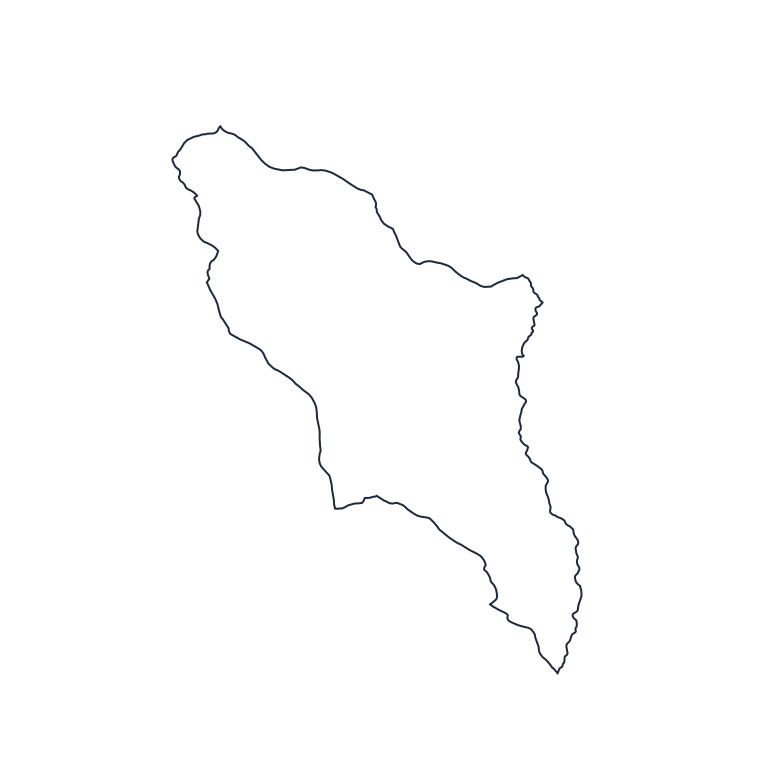 Macaravita, Santander, Colombia, rotated 300°
{"feature_id": "7082276B90851021474579", "entity_name": "Macaravita", "entity_type": "district", "adm_level": 2, "iso_a3": "COL", "parent_name": "Colombia", "parent_adm1": "Santander", "projection": "equal_earth", "projection_center": [-72.593, 6.513], "detail": "fine", "context": "isolated", "style": "outline", "palette": "slate", "viewbox_px": 768, "rotation_deg": 300, "n_neighbors": 0, "source": "geoboundaries", "source_scale": "gbopen_adm2", "svg_char_len": 6149}
<svg xmlns="http://www.w3.org/2000/svg" viewBox="0 0 768 768"><g transform="rotate(300 384 384)"><path d="M547.7,449.6L542.3,446.3L539.3,441.9L536.2,438.1L528.7,432.0L524.4,429.3L522.0,428.1L518.5,422.9L517.7,420.6L517.3,418.1L517.4,413.3L516.6,407.4L516.5,403.1L516.0,399.4L516.1,396.2L516.9,390.5L518.4,384.3L518.5,380.6L517.9,377.3L517.0,372.9L515.5,368.9L514.1,364.1L512.6,361.1L510.1,358.0L506.9,355.7L505.8,355.2L504.6,351.9L504.8,348.9L505.3,346.2L505.8,344.8L509.2,337.6L510.0,333.8L510.3,331.7L510.8,329.9L511.6,328.6L518.5,320.2L520.0,317.7L522.7,314.2L522.7,311.9L522.4,309.2L522.8,303.7L524.6,299.4L525.9,297.9L527.2,295.9L529.4,291.7L530.6,291.1L532.0,289.9L533.1,288.1L534.4,287.9L536.2,287.0L537.7,285.4L539.5,282.5L542.1,279.0L541.6,269.6L540.6,267.0L540.0,263.1L540.3,255.9L541.1,245.5L541.0,235.1L540.7,232.2L539.5,226.4L537.5,222.0L536.1,220.3L533.1,215.1L532.0,211.2L531.4,207.4L530.1,203.8L525.0,199.6L518.4,189.5L515.6,181.3L514.8,176.2L515.3,170.9L516.6,165.8L522.3,151.5L522.5,148.5L524.4,142.1L524.7,138.1L524.7,134.2L525.2,131.2L525.1,128.5L523.5,123.0L523.3,119.3L524.0,116.0L525.3,113.5L524.0,113.0L519.2,113.2L517.4,112.4L516.0,111.3L515.0,110.0L513.7,107.8L512.3,105.7L511.2,104.8L509.4,102.0L507.2,100.2L502.9,95.7L497.5,92.0L496.0,91.3L494.4,91.1L492.8,90.5L484.9,90.3L482.0,89.6L478.1,90.1L476.8,89.7L476.2,89.1L474.2,88.3L472.9,88.4L471.5,89.4L470.8,90.2L468.1,94.2L467.5,96.1L467.3,98.8L466.5,100.5L465.3,101.6L463.1,102.6L460.7,102.8L459.4,104.0L458.5,105.5L458.0,106.7L457.9,108.8L457.3,110.9L456.4,112.6L455.3,113.7L454.7,115.9L454.7,118.1L455.0,119.5L454.9,122.0L454.8,123.7L454.0,127.1L453.6,128.0L450.9,126.7L450.4,126.7L449.7,127.2L445.7,134.5L441.9,138.4L438.6,140.3L434.5,141.1L422.6,146.1L420.4,148.3L418.2,152.2L417.1,157.2L417.6,159.7L418.0,165.0L417.7,169.1L416.4,173.8L412.2,174.7L410.1,174.9L406.4,174.5L403.6,173.1L401.0,173.2L398.7,174.0L396.6,175.4L394.0,174.8L392.1,175.5L390.0,177.5L387.9,180.1L383.4,179.8L378.6,186.4L373.3,195.4L370.0,199.7L363.4,206.1L360.5,209.3L359.3,212.4L354.6,221.5L352.4,223.1L350.7,225.5L350.5,226.7L350.7,237.3L352.0,247.3L351.9,259.5L351.1,262.3L349.5,265.3L347.8,267.3L343.8,273.9L342.3,280.5L342.3,282.2L342.7,286.0L342.6,289.7L342.1,298.2L341.6,302.4L339.9,307.9L339.5,311.6L338.4,316.7L337.4,324.6L335.6,329.0L332.5,333.9L329.8,337.0L325.7,340.1L321.3,342.8L312.1,351.0L309.0,353.1L304.9,355.3L298.1,359.8L294.9,362.3L290.6,363.5L288.9,364.2L286.0,365.6L283.0,368.1L281.1,371.0L278.1,380.1L277.7,381.9L276.0,384.1L270.5,389.1L266.2,392.1L258.2,398.8L255.0,400.8L251.6,403.9L252.3,405.1L252.8,406.4L254.1,407.9L254.9,409.5L257.4,411.6L260.8,413.5L264.3,416.8L266.0,418.6L267.7,421.3L269.9,424.3L271.8,424.8L273.9,424.7L275.3,424.3L275.8,424.5L278.4,428.8L280.2,430.2L282.5,433.1L283.5,433.5L283.1,441.9L283.4,445.0L283.4,446.7L283.6,448.5L284.7,451.1L287.0,453.8L287.7,455.0L288.5,461.0L288.4,462.3L287.2,467.6L286.6,474.9L286.7,478.8L287.5,482.1L290.0,488.4L290.4,490.0L290.2,492.0L288.8,497.1L287.2,501.4L285.6,504.7L283.6,517.2L283.0,526.3L283.2,529.4L283.4,531.0L283.0,541.2L283.5,549.4L283.4,553.3L282.6,556.0L281.4,558.5L280.7,559.7L278.8,561.9L277.9,562.7L275.2,562.6L273.7,563.2L273.2,563.9L272.6,566.9L272.0,568.2L270.7,570.5L269.6,572.1L266.5,575.3L265.7,576.8L265.3,578.7L264.4,580.6L262.3,583.5L260.2,585.5L256.8,588.1L254.4,588.8L253.6,588.8L250.7,587.9L247.0,586.5L246.8,586.2L246.2,586.1L245.8,589.4L245.8,596.6L246.3,602.3L246.2,605.8L246.0,606.3L245.5,606.9L243.2,607.7L242.7,608.2L241.6,609.6L241.3,611.2L241.4,614.6L242.2,620.7L242.8,623.5L245.1,631.3L245.1,633.4L244.9,634.8L243.8,637.5L242.6,639.7L239.9,642.0L233.8,649.2L230.6,651.5L229.3,652.8L227.9,655.2L226.7,658.1L226.3,661.2L225.5,664.3L223.6,669.3L222.6,671.2L222.2,673.8L220.3,678.9L221.5,678.9L223.2,678.5L225.5,678.3L228.5,679.7L230.9,678.9L233.1,679.3L237.1,677.3L238.2,677.0L239.1,677.1L241.3,677.9L242.7,677.5L247.8,673.2L250.0,672.3L254.5,673.4L259.6,672.3L261.5,672.2L264.3,673.7L265.0,673.9L266.1,673.6L267.0,672.6L268.2,672.1L270.3,672.0L272.3,671.2L275.1,669.1L275.6,668.1L276.1,665.4L276.4,664.7L277.7,663.2L278.7,662.8L279.5,662.6L282.5,664.3L284.0,664.9L284.8,664.9L289.7,663.0L298.9,661.1L301.5,659.7L304.5,657.5L305.7,655.9L306.3,655.6L307.1,654.7L307.6,651.8L308.2,650.0L309.3,648.3L312.2,645.8L313.7,645.5L316.7,646.3L321.0,646.0L322.7,644.8L324.4,641.8L325.2,641.0L327.4,639.4L330.5,638.7L331.3,638.2L333.7,635.1L337.6,632.0L338.6,631.7L340.3,631.7L341.8,632.1L343.0,631.9L344.4,631.1L345.3,630.2L346.2,628.7L347.1,626.9L347.5,625.6L349.4,623.1L352.6,620.5L353.6,616.4L353.5,613.4L353.7,611.8L355.0,609.8L356.0,608.6L356.2,604.3L355.5,600.5L355.8,598.9L355.2,595.6L355.6,593.1L356.0,592.1L357.5,591.0L359.1,590.6L361.0,589.6L363.6,586.6L365.5,585.2L368.6,582.0L369.8,580.1L371.2,578.6L373.2,576.9L376.7,574.9L381.7,574.8L382.7,574.1L383.8,572.5L384.5,570.9L386.0,566.6L388.3,564.4L389.0,562.7L389.6,557.9L389.9,550.8L390.5,549.7L392.2,547.4L393.0,546.0L393.7,543.1L394.4,541.7L395.1,541.3L398.4,541.1L401.4,540.3L401.8,539.0L401.7,536.8L402.0,534.6L403.4,530.9L404.3,529.8L407.0,528.7L407.7,527.6L408.4,526.1L409.1,525.1L410.4,524.8L413.4,524.9L415.8,523.6L420.0,519.4L425.9,517.5L428.1,517.1L431.3,515.8L435.5,515.8L436.7,515.6L438.0,515.9L440.0,515.8L441.1,514.7L441.5,513.6L441.9,508.0L442.7,506.5L445.8,504.3L448.5,501.8L449.1,500.6L451.5,497.2L453.6,496.6L456.9,496.7L461.3,494.5L464.9,493.1L467.5,491.6L470.0,489.2L471.5,486.8L472.6,485.8L473.7,485.7L474.4,486.1L476.9,490.4L478.2,490.9L478.9,489.0L480.2,487.6L482.0,486.5L485.2,485.3L489.4,484.9L494.1,486.2L497.0,485.6L500.6,486.9L502.1,486.2L503.9,486.9L505.0,486.1L505.2,485.3L505.9,484.4L506.6,483.9L507.9,484.0L509.8,485.0L510.4,484.9L515.1,480.8L515.9,480.4L517.4,480.3L520.1,481.6L520.8,481.7L521.4,481.4L522.1,480.8L522.6,479.7L523.7,478.2L525.3,477.3L526.7,477.7L528.8,479.6L533.8,480.6L534.5,477.3L535.0,476.3L536.0,475.5L536.5,473.6L537.6,472.7L537.9,471.9L538.1,468.8L538.5,467.5L539.1,466.8L540.3,466.3L541.3,465.1L541.9,463.3L542.4,462.5L543.3,461.6L544.7,461.0L547.2,456.5L547.5,455.6L547.5,454.8L547.1,453.7L547.1,452.3L547.7,449.6Z" fill="none" stroke="#1e293b" stroke-width="2"/></g></svg>